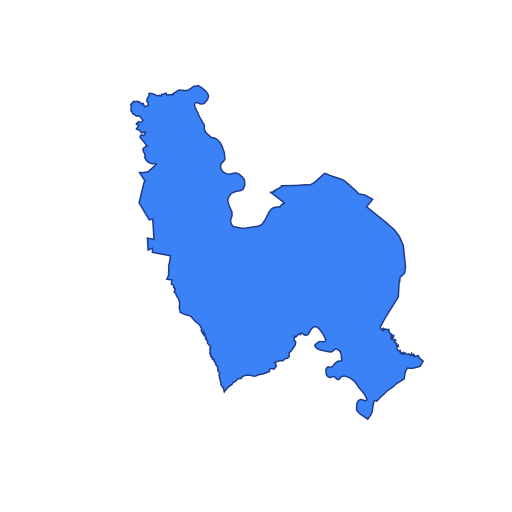 Recea, Maramures, Romania (Robinson projection), rotated 43°
{"feature_id": "2599482B24174964580354", "entity_name": "Recea", "entity_type": "district", "adm_level": 2, "iso_a3": "ROU", "parent_name": "Romania", "parent_adm1": "Maramures", "projection": "robinson", "projection_center": [23.475, 47.622], "detail": "fine", "context": "isolated", "style": "filled", "palette": "blue", "viewbox_px": 512, "rotation_deg": 43, "n_neighbors": 0, "source": "geoboundaries", "source_scale": "gbopen_adm2", "svg_char_len": 6094}
<svg xmlns="http://www.w3.org/2000/svg" viewBox="0 0 512 512"><g transform="rotate(43 256 256)"><path d="M325.5,377.0L325.0,371.8L325.5,368.3L325.8,366.9L326.1,366.8L325.4,364.0L326.3,362.5L326.7,357.8L328.7,355.6L328.3,353.8L328.8,351.9L330.2,349.9L332.6,347.5L336.3,345.4L337.5,344.2L338.8,341.2L341.8,337.2L344.6,331.4L343.3,329.8L343.4,328.2L346.3,326.5L346.1,323.5L345.6,322.3L343.8,321.8L343.4,321.2L342.2,321.3L344.8,316.2L346.7,314.9L347.1,314.2L347.5,310.6L348.7,309.3L349.0,307.1L346.2,304.3L346.0,303.6L346.5,302.4L346.4,300.5L345.4,294.4L344.9,293.4L343.4,291.6L341.5,291.6L341.0,291.2L338.7,288.4L340.3,288.2L340.6,283.5L341.9,283.5L342.0,281.1L346.2,280.5L347.7,278.1L346.3,271.7L346.3,269.2L346.8,268.1L347.7,267.1L349.1,266.4L351.6,266.2L357.9,267.2L362.7,269.0L364.3,270.1L364.8,270.7L364.4,272.3L361.2,274.8L360.5,275.8L359.7,280.5L359.9,281.2L360.8,281.7L363.3,282.1L365.5,281.6L368.0,280.4L375.3,275.9L377.0,274.0L377.3,270.1L378.6,268.9L381.2,268.4L382.8,268.6L386.1,270.3L387.9,272.4L390.1,273.7L390.1,274.4L387.5,277.3L386.9,280.9L387.4,284.3L387.2,285.2L386.7,286.5L384.8,287.5L384.1,288.4L384.1,289.8L384.7,291.7L388.6,294.9L390.6,295.2L392.3,294.9L393.4,293.9L394.5,291.4L395.8,290.9L399.6,290.8L400.2,290.5L400.8,289.7L400.9,288.6L400.5,287.1L400.7,286.0L402.4,283.6L403.4,283.0L406.8,281.4L408.9,280.9L414.1,280.5L421.8,282.2L427.9,282.8L433.1,284.3L435.1,285.5L435.3,286.2L434.6,287.5L431.2,288.9L430.3,289.7L429.5,291.9L430.0,294.4L430.8,295.6L433.6,299.1L434.9,300.1L436.7,300.5L440.2,300.5L449.0,299.1L448.2,293.6L447.1,290.6L443.0,284.6L441.4,281.7L441.4,281.0L442.2,280.1L443.3,279.8L443.4,273.2L443.9,268.0L443.8,265.2L445.4,258.5L445.7,254.0L448.2,245.0L444.3,239.0L443.1,234.8L447.0,231.5L451.2,225.0L450.0,218.9L448.1,218.9L447.1,219.4L443.9,218.8L442.6,218.2L440.2,221.9L439.5,221.7L439.5,220.7L439.0,220.4L438.3,220.5L438.3,221.6L438.0,221.8L436.1,221.1L436.8,222.6L436.8,223.4L434.4,223.4L434.1,224.5L433.5,225.0L429.9,225.6L430.0,226.3L431.0,227.0L431.1,227.4L429.4,228.0L428.6,227.2L428.0,228.5L427.3,228.2L426.0,226.7L424.7,228.2L422.5,227.8L421.1,226.7L420.9,225.8L421.8,225.1L420.8,224.3L420.7,225.0L419.6,225.4L418.8,224.2L415.3,224.5L415.4,223.3L415.9,222.6L415.6,222.2L413.5,223.0L412.6,223.9L411.9,223.6L411.4,224.5L411.1,224.5L410.6,224.1L410.4,222.9L409.6,222.4L411.8,222.1L411.8,221.4L410.9,220.1L409.5,221.5L408.6,220.8L406.7,221.1L403.8,220.3L403.9,219.4L403.2,219.2L402.4,220.1L400.8,220.9L400.1,221.9L398.3,222.1L398.3,222.6L400.0,222.9L400.3,223.6L399.9,223.9L398.4,224.2L395.8,223.9L394.4,219.7L392.7,213.1L388.0,188.9L378.2,177.1L378.6,176.8L375.8,173.3L376.3,169.2L376.2,166.9L375.7,165.9L373.8,163.7L373.3,162.5L356.5,147.8L347.4,143.9L339.5,142.5L328.0,142.8L303.3,144.6L302.6,135.0L293.6,137.3L289.1,140.4L284.6,140.2L269.9,140.6L266.6,141.4L254.9,146.8L250.7,148.2L249.8,148.9L248.6,162.5L247.3,166.6L246.4,167.9L244.2,169.5L237.4,176.9L227.0,187.0L226.9,187.2L227.6,187.3L224.7,196.3L225.5,196.4L223.4,199.4L240.6,197.8L240.9,198.3L239.6,200.3L240.1,203.8L238.9,204.7L236.4,207.9L235.5,209.7L235.2,211.6L235.5,214.9L237.9,222.8L238.8,228.6L237.7,232.2L228.3,244.1L226.0,245.9L219.1,250.0L217.5,249.9L215.5,249.2L213.0,247.3L211.1,243.0L208.4,240.2L201.2,237.1L197.4,234.7L195.7,231.3L195.3,227.7L195.7,225.7L197.4,222.4L200.3,218.4L200.9,216.6L200.9,215.4L199.6,212.0L196.3,208.7L194.2,207.8L192.0,207.5L187.7,207.7L185.7,208.4L183.8,209.8L180.9,214.2L178.8,215.9L175.0,216.9L172.0,216.6L169.2,215.0L167.3,211.8L167.8,209.1L167.2,206.3L162.3,202.0L155.1,198.3L152.7,197.6L148.2,197.3L145.4,197.9L142.5,199.8L135.7,200.0L131.6,198.6L129.8,196.2L128.2,195.3L121.1,193.2L109.4,188.5L107.6,187.1L107.2,185.3L108.1,184.0L111.4,182.8L112.8,181.7L114.1,179.6L113.8,174.4L112.7,172.1L111.6,171.0L109.5,170.1L106.6,169.7L101.4,170.0L97.4,170.8L97.0,171.8L94.8,174.3L93.2,181.4L91.3,183.4L86.4,187.2L84.6,194.2L85.4,194.5L80.8,199.1L79.3,198.2L76.8,202.5L77.4,203.0L77.6,203.5L77.4,204.0L75.7,204.5L74.0,206.6L72.2,206.8L70.0,207.7L67.1,209.5L67.1,210.5L68.5,211.8L68.9,214.4L70.0,216.7L70.7,217.3L73.1,217.9L74.1,218.7L74.2,219.4L73.7,221.1L72.7,222.6L71.9,222.7L70.4,221.7L69.2,221.4L68.8,221.7L68.8,222.8L65.3,222.9L64.9,223.1L64.5,224.0L63.3,224.1L62.6,225.5L61.2,226.1L61.3,227.3L60.8,228.0L61.6,228.9L61.0,229.9L61.1,230.7L62.4,231.1L62.9,232.2L63.9,232.7L64.5,234.1L65.8,235.1L67.6,235.4L69.0,236.1L70.7,235.4L73.1,235.3L73.9,234.0L76.4,233.1L80.8,233.9L81.0,236.0L80.5,236.9L78.5,237.8L78.3,241.0L79.1,241.2L79.4,240.2L81.1,240.5L82.0,244.8L84.8,243.5L88.3,244.0L88.9,243.6L89.2,241.8L91.2,240.9L91.2,242.6L91.7,243.6L91.5,244.6L89.8,245.5L89.3,246.2L90.1,248.2L101.6,249.8L100.5,251.1L100.8,252.0L100.1,254.4L101.4,255.9L106.8,258.1L106.9,259.6L107.8,260.0L110.7,260.9L113.2,260.9L115.8,260.1L117.8,258.8L118.8,257.6L120.6,256.8L119.6,268.1L116.7,271.8L113.9,274.4L124.2,276.9L123.8,278.3L134.2,296.8L153.3,302.4L155.3,299.4L170.0,313.4L164.4,317.0L173.0,325.2L174.9,321.0L177.8,324.0L193.2,314.2L194.9,316.3L199.3,323.3L201.5,325.3L203.6,328.1L205.2,329.6L206.7,333.8L210.7,330.8L213.1,334.1L213.9,334.3L215.2,333.7L216.5,334.0L217.4,335.3L219.3,334.9L219.6,335.4L219.4,335.8L220.5,337.0L220.6,338.1L223.4,338.3L224.7,339.2L229.1,340.3L232.7,342.9L235.2,346.3L237.6,347.6L238.9,348.9L244.1,347.1L249.2,344.5L255.2,345.2L262.0,344.8L264.3,345.9L265.4,345.8L266.2,346.4L266.2,347.3L267.8,348.4L268.8,348.3L269.0,347.6L269.3,348.7L269.7,348.8L270.2,348.6L270.5,347.8L271.5,348.1L272.2,347.9L272.4,348.2L271.3,349.1L272.0,349.1L272.5,349.7L273.0,349.3L274.8,349.6L275.9,350.2L275.3,350.7L275.5,351.0L278.6,351.0L278.9,351.9L279.9,352.7L282.9,353.2L283.8,352.9L285.2,353.6L285.0,354.5L286.9,356.7L287.8,357.0L288.7,358.8L289.8,358.7L291.0,360.0L291.9,359.8L291.8,360.3L293.7,360.2L293.9,360.9L294.3,360.7L294.9,361.1L295.5,360.3L296.0,360.3L296.4,361.1L297.4,361.4L298.1,361.1L298.6,361.8L300.1,362.0L300.4,362.6L301.3,363.1L303.3,363.1L306.3,365.8L309.6,366.7L310.1,368.1L312.3,369.8L312.6,370.4L314.7,370.9L315.2,371.9L317.4,373.1L317.9,374.0L322.1,374.8L325.5,377.0Z" fill="#3b82f6" stroke="#1e3a8a" stroke-width="1.5"/></g></svg>